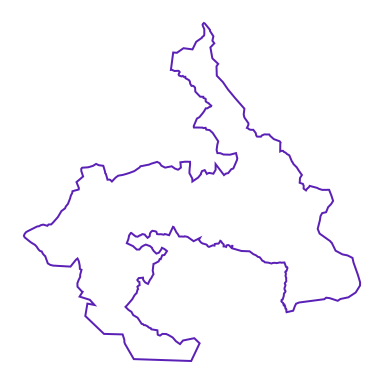 outline of Tafawa-Balewa, Bauchi, Nigeria
{"feature_id": "59680162B48786148420785", "entity_name": "Tafawa-Balewa", "entity_type": "district", "adm_level": 2, "iso_a3": "NGA", "parent_name": "Nigeria", "parent_adm1": "Bauchi", "projection": "robinson", "projection_center": [9.578, 9.844], "detail": "fine", "context": "isolated", "style": "outline", "palette": "violet", "viewbox_px": 384, "rotation_deg": 0, "n_neighbors": 0, "source": "geoboundaries", "source_scale": "gbopen_adm2", "svg_char_len": 5992}
<svg xmlns="http://www.w3.org/2000/svg" viewBox="0 0 384 384"><path d="M291.9,161.5L289.3,155.3L287.1,154.1L285.5,152.6L283.9,151.9L283.1,150.9L281.2,150.9L280.2,151.4L280.3,143.4L280.6,142.7L279.7,141.3L273.8,139.1L270.0,135.7L269.3,134.5L264.3,134.4L261.8,135.5L260.9,136.7L257.1,136.6L256.3,135.6L255.7,133.0L253.3,129.8L250.8,129.8L249.3,129.4L248.1,128.4L246.9,127.9L248.4,124.9L248.4,123.2L244.4,117.5L244.1,116.2L243.7,114.5L244.4,108.7L235.2,98.2L228.0,89.5L222.9,82.1L216.8,75.7L216.5,66.3L218.2,63.9L212.8,58.8L212.3,58.1L210.4,47.4L214.3,43.3L212.4,40.7L213.4,36.3L209.9,30.8L210.0,29.9L205.0,23.7L203.9,23.0L203.1,23.7L202.6,24.5L202.8,25.8L204.3,29.1L204.3,34.1L204.1,35.5L202.0,37.3L201.9,37.8L196.2,41.8L192.5,49.4L183.5,48.2L176.9,52.8L173.2,52.5L170.9,69.9L171.9,69.8L174.5,71.0L178.2,70.8L179.1,71.2L179.7,72.1L178.9,73.5L178.6,74.7L179.2,75.6L181.6,76.4L182.8,75.9L183.6,76.8L185.3,76.8L185.5,78.2L188.8,80.0L189.8,81.3L190.2,83.7L191.5,85.9L192.9,85.8L194.1,86.5L195.0,87.6L195.2,89.1L195.3,91.6L200.2,96.7L203.3,96.8L203.5,98.0L205.2,98.6L205.8,99.2L205.6,101.0L206.2,101.9L208.7,103.3L209.9,104.6L211.3,105.7L211.0,106.4L208.8,107.3L207.4,108.3L205.8,108.3L204.2,111.1L203.0,112.8L199.5,117.1L196.9,118.6L193.7,126.2L193.9,127.5L202.6,127.6L203.3,128.1L205.6,127.8L206.3,129.6L209.6,130.1L212.7,132.9L218.2,141.3L217.3,144.8L216.6,150.0L217.4,153.1L220.4,153.2L223.4,154.5L230.0,154.7L236.0,153.1L237.3,158.4L236.9,160.2L233.3,168.5L231.3,169.2L228.2,173.1L225.7,173.7L224.0,175.1L215.6,164.1L215.6,169.8L213.4,173.7L209.2,172.9L207.4,173.5L206.9,173.9L204.7,170.1L202.0,171.1L200.9,173.6L201.0,174.1L198.1,177.6L192.4,181.5L192.3,178.6L189.4,173.1L189.6,168.9L190.1,164.4L190.0,161.8L185.1,161.7L180.4,162.3L180.9,167.6L178.3,169.6L178.0,169.7L175.0,168.6L171.7,166.3L165.1,167.6L161.4,165.7L159.6,163.1L157.1,161.9L151.2,163.7L149.1,164.6L140.4,166.3L139.5,167.5L134.3,171.1L129.8,172.8L126.7,173.8L122.8,174.9L118.2,175.7L115.6,177.6L111.9,181.5L110.3,179.9L109.5,179.6L107.5,179.7L105.9,173.9L105.3,173.4L104.8,170.8L103.3,165.8L98.8,165.2L96.1,163.9L92.9,165.9L88.1,167.3L82.2,167.7L81.3,168.7L81.3,171.0L83.1,176.5L76.5,182.1L78.9,188.1L78.7,189.5L72.5,191.2L72.2,193.0L70.8,195.7L70.1,198.4L68.0,203.8L65.8,206.5L65.1,208.3L61.4,211.1L58.0,216.9L53.0,222.6L51.2,224.4L48.5,224.5L47.4,225.8L43.2,224.6L40.8,225.2L38.9,226.3L37.3,226.4L27.5,231.3L26.0,232.2L24.6,234.0L23.9,235.8L24.6,237.3L27.9,240.0L31.1,242.5L35.0,244.9L36.6,246.6L38.3,249.2L39.2,250.2L40.3,251.1L41.7,251.4L42.9,253.8L44.7,255.8L45.2,256.1L47.8,263.4L50.3,264.9L53.2,265.6L70.5,266.6L75.9,259.8L77.5,258.5L78.8,261.1L79.7,265.5L79.9,269.0L81.5,269.8L80.1,275.1L80.2,276.9L78.8,279.6L77.4,283.2L77.5,286.7L81.8,291.4L82.6,291.8L79.6,296.6L89.8,299.8L94.5,305.0L87.4,303.6L85.3,316.0L104.0,333.9L122.6,334.4L124.3,339.6L124.4,342.2L125.0,343.9L133.8,359.1L191.2,361.0L199.6,343.3L194.3,338.2L183.0,340.5L180.0,344.1L176.0,341.3L172.7,337.5L168.6,335.1L166.2,334.0L162.4,333.9L160.0,335.6L158.1,334.9L157.7,334.6L157.4,330.3L151.3,329.3L150.9,328.3L148.4,327.3L148.0,326.6L145.2,325.1L143.9,325.1L142.9,324.1L141.6,323.8L137.6,317.7L133.2,315.1L131.4,311.8L128.5,309.9L125.5,306.9L126.8,305.6L132.3,299.2L134.5,295.3L135.9,293.7L136.5,293.4L137.5,289.8L138.1,289.1L137.4,286.7L138.2,285.9L139.6,285.2L139.4,282.0L138.3,281.5L137.3,280.0L138.7,278.1L143.0,277.7L143.1,279.4L143.8,280.7L145.3,282.5L148.0,283.9L150.1,279.6L151.1,278.4L153.0,274.9L153.5,274.2L152.7,270.6L153.5,263.9L154.5,263.6L158.6,261.4L159.7,259.1L160.7,259.2L162.2,255.3L164.4,255.0L167.0,251.1L164.4,249.0L161.9,247.8L161.2,249.5L158.9,252.7L156.4,253.6L153.7,251.0L152.1,248.5L152.0,247.8L150.0,246.1L145.8,244.6L143.4,245.7L141.5,246.9L139.4,249.5L136.7,249.5L133.0,246.1L126.8,243.2L128.4,239.1L129.1,235.5L130.8,233.0L131.2,232.9L135.6,236.4L137.7,236.7L139.7,235.4L140.3,235.4L142.4,234.1L144.8,234.6L145.4,235.5L147.6,237.8L149.6,236.3L150.0,233.5L151.0,231.9L152.3,230.8L155.8,231.4L156.5,232.1L157.1,234.1L158.8,234.3L161.0,234.2L163.8,234.7L164.8,234.0L169.1,235.2L173.0,226.8L173.7,227.1L176.6,232.7L177.7,233.9L179.1,236.5L184.1,236.6L184.6,236.3L187.6,236.9L193.6,241.2L199.9,238.0L198.9,239.8L200.8,242.3L202.4,243.4L206.0,244.4L207.1,245.1L207.7,246.2L209.0,246.9L212.9,245.3L214.5,245.6L214.8,244.0L216.5,243.7L218.5,243.6L219.3,242.7L220.3,240.8L221.0,241.2L222.3,243.2L223.7,244.4L223.6,246.4L224.9,246.4L226.1,246.9L226.6,245.4L228.2,245.0L229.4,245.6L230.5,246.9L231.5,246.5L232.7,245.2L231.8,248.2L241.5,251.0L249.6,251.3L253.4,254.2L255.8,255.2L258.0,256.9L259.6,257.2L261.3,259.2L262.2,260.6L264.1,261.5L264.8,262.3L268.5,262.7L271.5,263.5L272.8,263.0L274.7,262.8L276.7,263.1L280.1,262.4L281.3,262.7L284.4,262.5L286.0,266.8L286.4,267.1L287.0,267.1L287.4,267.8L287.3,268.7L286.4,271.1L285.7,271.3L285.3,272.0L285.3,272.4L285.8,272.9L285.9,274.1L285.5,275.9L286.3,278.1L286.1,278.9L286.3,280.8L286.1,281.6L285.1,282.7L284.8,283.4L285.0,284.1L285.4,284.7L285.4,285.6L284.5,288.1L284.5,288.8L284.7,289.8L285.4,290.8L285.5,291.3L284.9,292.6L284.4,292.9L283.9,293.9L283.8,295.8L282.9,298.8L282.5,299.6L281.7,299.8L281.4,301.4L281.7,301.8L283.1,303.0L283.2,303.7L283.6,304.4L283.7,305.2L284.1,305.2L284.5,304.8L285.0,305.9L284.8,306.5L285.3,306.9L285.4,308.4L285.6,308.8L286.1,308.9L286.4,309.4L286.3,311.1L286.6,312.2L293.2,310.7L294.9,306.1L296.1,303.7L299.1,302.5L324.3,299.2L326.2,297.7L329.9,298.2L337.7,300.8L340.4,299.0L348.4,297.3L355.7,292.5L360.0,285.6L360.1,282.3L357.8,274.6L353.5,262.5L352.5,257.9L347.5,255.4L342.5,254.4L335.6,250.7L331.7,242.7L330.9,242.2L330.3,241.2L319.6,233.6L317.7,228.9L319.9,220.2L320.5,216.2L321.5,214.3L322.2,213.1L326.1,212.2L328.1,207.2L331.2,204.0L333.1,200.9L331.4,195.6L329.2,190.0L329.1,189.8L322.3,189.9L318.8,188.8L317.2,187.9L309.7,185.9L308.8,187.3L307.0,188.8L306.0,190.4L303.6,188.6L303.7,185.8L302.9,183.9L299.7,182.8L300.0,178.0L301.9,175.0L298.5,170.2L296.8,167.4L293.5,164.1L292.7,162.5L291.9,161.5Z" fill="none" stroke="#5b21b6" stroke-width="2"/></svg>